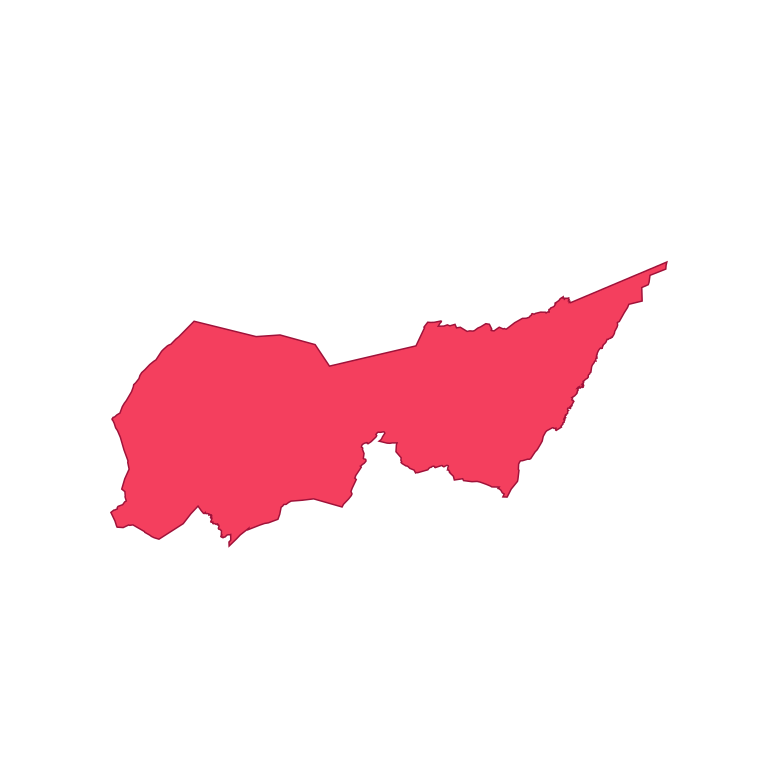 Eglaines pag., Ilukstes, Latvia, rotated 143°
{"feature_id": "27541924B72731391973761", "entity_name": "Eglaines pag.", "entity_type": "district", "adm_level": 2, "iso_a3": "LVA", "parent_name": "Latvia", "parent_adm1": "Ilukstes", "projection": "equal_earth", "projection_center": [26.014, 55.971], "detail": "fine", "context": "isolated", "style": "filled", "palette": "rose", "viewbox_px": 768, "rotation_deg": 143, "n_neighbors": 0, "source": "geoboundaries", "source_scale": "gbopen_adm2", "svg_char_len": 6144}
<svg xmlns="http://www.w3.org/2000/svg" viewBox="0 0 768 768"><g transform="rotate(143 384 384)"><path d="M550.1,339.8L545.7,342.7L540.3,347.5L538.4,347.5L536.6,348.1L534.6,346.8L531.4,346.8L528.7,346.4L519.3,340.4L509.3,334.6L491.5,311.0L488.8,312.3L481.4,313.5L477.2,314.6L475.7,315.5L475.0,318.1L472.0,320.0L463.6,324.4L464.0,326.5L462.7,327.0L462.2,327.7L452.3,331.2L452.3,332.5L451.8,332.3L450.1,332.7L447.5,332.6L444.9,333.2L444.3,334.0L444.0,334.8L444.3,335.4L445.1,336.2L445.3,337.0L441.8,340.5L440.5,344.9L439.9,345.2L439.5,346.0L440.0,347.2L439.0,348.1L437.7,348.7L435.4,348.5L432.9,347.5L432.7,347.0L433.1,346.5L432.7,345.9L428.9,345.7L422.4,346.5L420.9,347.1L420.8,348.6L418.4,349.2L417.6,349.0L415.9,347.5L413.1,346.1L412.7,345.5L412.9,344.2L417.0,342.7L418.4,341.9L419.9,341.3L422.3,341.3L417.2,335.0L415.0,333.1L412.7,331.9L409.0,329.1L410.7,328.0L415.2,322.7L414.7,314.8L416.4,312.9L416.7,311.3L417.6,311.0L417.4,309.5L415.8,305.4L414.8,304.4L414.5,303.6L414.1,301.0L411.8,297.2L412.3,293.9L411.2,293.6L410.5,292.9L400.6,289.1L399.1,289.6L397.3,289.6L396.5,289.1L395.3,289.2L393.8,288.5L393.2,287.5L393.6,286.9L393.4,286.4L387.2,284.3L386.5,283.7L386.6,283.1L386.0,281.8L383.1,281.4L382.3,280.8L381.9,280.0L382.2,279.4L383.8,278.5L384.3,277.4L385.0,277.2L384.3,276.4L384.5,276.2L384.2,274.8L384.9,274.1L385.0,273.7L384.6,273.1L384.7,272.3L384.1,268.6L385.6,265.0L378.2,261.0L378.6,259.0L372.6,253.1L368.3,250.2L366.4,248.0L362.8,242.5L360.5,238.6L359.8,236.9L354.1,232.4L355.8,231.9L355.1,231.0L354.6,228.8L355.0,225.9L354.2,223.8L357.0,222.3L353.7,219.6L345.7,223.5L336.0,225.9L334.4,227.3L328.1,233.9L328.1,234.9L324.6,239.1L321.8,240.4L321.1,240.4L319.6,239.4L314.5,237.5L313.2,236.4L311.8,236.1L304.2,238.8L301.2,239.3L295.1,241.8L292.0,243.2L288.4,246.3L284.0,248.3L282.2,248.7L275.8,247.7L275.2,247.2L275.0,246.2L273.3,245.2L274.6,243.9L274.4,243.3L268.2,242.8L268.0,243.8L265.2,244.3L264.8,245.2L263.1,245.1L262.3,246.2L261.3,246.4L261.0,246.8L261.6,247.7L260.4,248.3L260.0,248.2L259.8,247.7L259.2,247.8L259.5,248.7L258.9,248.9L258.6,249.5L257.4,249.5L257.4,250.1L255.2,250.0L254.7,250.4L254.1,251.4L253.4,251.8L252.6,251.8L252.9,253.0L252.0,254.0L251.4,254.0L250.2,252.9L250.0,252.3L249.6,252.3L249.1,252.9L249.3,253.0L249.4,253.8L247.8,254.0L247.6,253.5L247.2,253.5L246.7,253.8L246.8,254.2L242.8,255.9L243.0,256.6L242.8,257.1L243.2,257.3L243.5,258.3L241.8,259.4L242.1,260.1L238.9,259.8L235.5,260.4L235.3,260.9L234.4,261.2L234.1,261.8L232.9,262.2L233.0,262.7L231.3,263.4L231.3,263.8L232.3,264.3L230.9,264.6L229.3,264.3L230.1,263.1L229.7,262.6L227.7,262.7L227.5,261.8L226.8,261.6L226.5,262.1L225.6,262.4L225.4,262.9L226.8,263.2L226.0,263.7L225.4,263.5L225.0,263.9L225.9,264.7L223.7,265.1L223.4,265.4L223.6,265.8L223.4,266.3L221.5,266.2L220.6,266.5L218.2,266.2L216.7,266.6L215.8,267.8L215.0,268.3L213.7,268.3L212.8,268.9L211.7,268.9L207.8,272.8L206.1,273.8L203.3,274.6L202.6,275.2L201.5,275.4L200.9,274.8L200.4,275.9L199.4,276.9L198.2,276.5L198.0,277.0L198.1,277.8L197.2,278.1L197.3,278.6L196.6,279.3L196.1,279.3L195.1,280.3L192.5,281.7L190.2,282.4L189.4,282.4L189.2,281.7L188.2,281.2L186.8,282.5L186.0,282.7L185.8,283.2L181.9,283.7L178.9,285.4L178.1,284.7L176.8,284.8L175.4,284.1L174.7,284.2L174.2,284.6L173.6,284.0L170.8,285.1L169.4,285.9L168.0,287.2L163.8,289.1L162.0,290.4L160.6,292.7L158.5,292.3L149.1,296.4L143.5,298.5L140.5,300.3L127.9,294.9L120.1,305.9L113.2,304.3L111.0,305.8L106.2,310.7L89.8,306.2L87.3,309.0L84.7,311.2L185.8,336.6L185.7,336.8L187.0,337.6L185.8,338.4L186.7,339.4L185.2,340.2L185.4,341.0L184.8,341.6L186.0,342.1L187.5,343.3L188.9,343.2L188.5,344.3L189.3,344.9L188.5,345.8L191.9,346.1L194.1,345.4L197.5,345.5L198.0,345.2L198.0,345.6L198.6,345.7L199.9,344.2L201.7,343.6L205.2,344.4L206.2,343.9L207.2,344.2L207.8,344.0L208.7,342.2L209.0,342.1L209.4,342.7L210.2,343.1L211.8,343.2L211.9,344.2L215.8,347.2L220.5,349.2L222.0,349.4L223.3,351.0L224.0,351.0L225.1,350.2L226.4,350.4L227.7,349.9L230.9,350.9L233.9,353.1L242.7,354.3L253.3,354.2L254.0,354.9L254.4,355.8L255.7,356.3L257.8,360.0L264.2,360.2L266.1,362.1L266.1,362.5L264.9,363.0L263.9,368.3L266.4,370.9L272.5,371.5L275.3,372.2L279.6,372.2L281.1,372.7L283.5,374.8L286.0,376.0L288.9,383.4L292.3,385.2L291.4,388.9L296.4,390.8L297.8,393.1L301.3,394.2L305.9,397.5L302.9,398.8L300.8,399.2L300.4,399.6L300.7,400.1L306.7,403.0L309.7,405.1L311.9,407.0L317.8,405.4L318.0,405.1L317.8,404.5L335.5,395.2L416.8,431.1L415.3,456.9L437.5,485.7L457.6,498.8L497.9,548.4L519.5,545.2L523.2,545.1L530.3,544.0L532.4,544.6L534.1,544.8L539.2,544.4L541.9,544.0L551.6,540.5L554.3,540.7L559.4,540.5L566.4,539.3L570.7,538.9L573.8,537.7L576.4,535.8L581.6,534.4L584.3,534.1L585.9,532.6L590.2,529.8L599.8,525.8L603.0,524.9L606.6,523.4L612.4,519.7L615.9,520.1L618.9,519.8L620.6,520.4L621.7,519.6L622.1,519.8L622.6,519.2L622.5,517.9L623.1,515.0L624.7,510.5L624.9,507.1L626.6,500.2L631.3,487.9L634.7,476.7L635.9,475.5L638.8,469.4L648.1,464.3L656.7,457.9L655.7,454.0L658.1,450.2L658.7,449.8L660.2,445.7L662.1,445.9L665.3,444.9L670.0,446.3L671.3,445.9L672.1,444.8L674.9,445.4L675.6,445.9L679.4,445.8L681.3,436.5L683.0,431.7L683.3,430.3L678.7,426.3L672.8,425.1L672.2,424.2L669.3,422.6L664.1,410.3L664.3,409.5L662.0,404.2L661.5,402.3L660.1,399.6L657.1,395.5L628.4,393.3L616.3,396.6L606.0,398.4L606.2,392.8L606.0,389.4L605.6,388.8L604.0,389.0L604.3,388.0L604.1,387.5L603.3,387.1L602.0,385.7L602.7,384.7L601.6,384.4L600.7,383.6L600.7,383.2L601.6,383.4L601.8,383.2L601.7,382.8L601.1,382.6L601.1,382.2L602.8,381.9L602.8,381.6L602.3,381.1L602.7,380.9L602.2,380.5L602.3,380.2L605.3,378.2L605.2,377.6L603.8,376.7L604.6,375.7L604.5,375.2L603.8,374.9L602.9,373.9L602.7,373.1L601.1,372.5L601.1,372.1L601.7,371.6L601.0,370.9L601.2,370.6L601.3,369.7L603.0,368.6L603.3,368.1L603.3,367.4L602.4,366.6L602.5,365.8L602.2,365.3L602.2,364.5L604.5,361.7L604.3,361.0L605.9,360.7L606.1,360.3L605.8,359.3L605.0,358.9L605.3,358.5L605.1,358.1L604.5,358.2L603.1,357.5L600.4,357.8L599.3,357.5L598.1,356.5L597.0,356.1L600.4,351.5L602.9,351.1L605.2,347.8L594.9,349.1L589.6,350.0L579.0,350.2L580.1,349.4L568.2,346.1L563.3,344.5L559.9,342.7L550.1,339.8Z" fill="#f43f5e" stroke="#9f1239" stroke-width="1.5"/></g></svg>